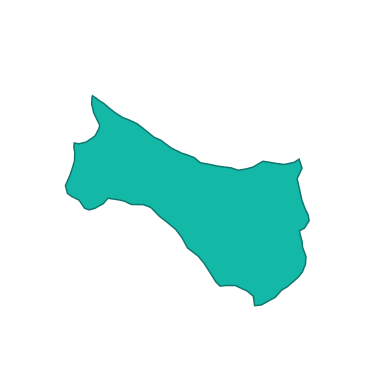 the district of Yardymli District, Yardımlı, Azerbaijan, rotated 241°
{"feature_id": "54616110B63590673188827", "entity_name": "Yardymli District", "entity_type": "district", "adm_level": 2, "iso_a3": "AZE", "parent_name": "Azerbaijan", "parent_adm1": "Yardımlı", "projection": "albers", "projection_center": [48.274, 38.907], "detail": "fine", "context": "isolated", "style": "filled", "palette": "teal", "viewbox_px": 384, "rotation_deg": 241, "n_neighbors": 0, "source": "geoboundaries", "source_scale": "gbopen_adm2", "svg_char_len": 1378}
<svg xmlns="http://www.w3.org/2000/svg" viewBox="0 0 384 384"><g transform="rotate(241 192 192)"><path d="M292.0,112.8L288.9,110.6L283.3,108.6L276.3,104.4L271.6,99.7L266.0,93.6L259.0,84.4L251.2,82.4L246.4,84.6L239.6,89.3L229.8,90.2L226.2,93.4L224.8,99.4L224.8,102.8L224.8,108.7L227.3,115.4L220.5,124.3L216.7,128.5L210.5,132.9L204.6,143.2L199.8,147.4L197.6,148.8L186.3,151.8L179.3,154.9L167.3,159.6L156.8,161.1L145.2,161.0L132.9,166.3L124.0,168.0L112.9,168.7L101.7,169.3L96.1,170.9L93.6,176.7L89.2,184.5L82.4,189.5L78.9,192.1L71.1,195.1L62.6,191.8L62.1,191.8L59.6,198.0L59.6,205.7L59.6,214.0L62.7,222.7L62.9,229.1L64.6,237.4L66.0,243.6L68.5,249.7L73.9,256.3L80.3,260.4L90.0,261.9L95.3,264.3L102.0,265.9L105.9,267.0L105.9,272.9L110.1,280.5L115.9,282.5L122.6,282.8L131.5,284.1L143.2,287.6L152.7,290.4L159.5,299.8L168.8,301.6L168.4,295.6L171.4,285.9L176.9,278.5L180.6,274.0L184.5,268.9L184.2,257.5L185.9,250.5L188.7,242.8L194.2,237.9L197.6,233.2L202.3,226.8L206.8,221.8L213.5,213.5L220.8,210.7L227.1,205.5L231.0,201.8L239.1,196.1L242.8,194.1L252.3,189.9L258.4,185.3L273.0,179.4L278.6,176.9L285.3,172.0L291.0,167.3L298.6,163.2L305.9,160.1L311.9,157.9L317.4,154.9L320.7,153.6L324.4,151.6L323.5,150.6L317.6,146.9L309.2,144.5L306.8,144.3L295.4,143.7L292.9,141.7L288.2,134.7L287.8,132.5L287.0,123.9L289.0,116.3L292.0,112.8Z" fill="#14b8a6" stroke="#0f766e" stroke-width="1.5"/></g></svg>